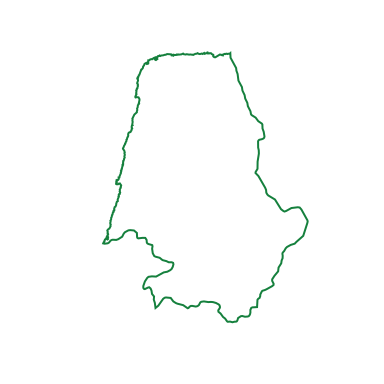 Salvaleón de Higüey, La Altagracia, Dominican Republic (Natural Earth projection), rotated 240°
{"feature_id": "3306468B87904766376188", "entity_name": "Salvaleón de Higüey", "entity_type": "district", "adm_level": 2, "iso_a3": "DOM", "parent_name": "Dominican Republic", "parent_adm1": "La Altagracia", "projection": "natural_earth1", "projection_center": [-68.511, 18.662], "detail": "fine", "context": "isolated", "style": "outline", "palette": "green", "viewbox_px": 384, "rotation_deg": 240, "n_neighbors": 0, "source": "geoboundaries", "source_scale": "gbopen_adm2", "svg_char_len": 6054}
<svg xmlns="http://www.w3.org/2000/svg" viewBox="0 0 384 384"><g transform="rotate(240 192 192)"><path d="M59.8,190.8L65.9,194.8L66.4,195.9L66.5,197.6L67.8,199.1L69.0,199.8L71.1,202.9L71.2,203.8L70.7,205.9L70.5,207.8L70.4,214.4L70.7,216.1L71.7,216.8L75.0,217.0L76.3,217.8L78.2,221.5L80.2,226.9L83.3,229.2L85.6,233.6L87.9,235.4L89.3,237.3L91.5,238.7L93.3,239.4L94.1,240.2L94.8,242.3L96.4,245.0L96.9,246.8L96.8,251.1L95.9,255.1L96.6,257.5L98.4,266.4L107.4,276.3L108.6,277.4L109.7,277.8L122.1,278.0L124.7,277.5L125.9,276.0L128.4,270.1L128.5,264.1L128.8,262.4L129.7,261.7L132.6,260.5L144.0,260.1L150.9,256.3L152.2,256.0L154.2,256.0L156.8,257.2L159.2,257.5L172.7,257.5L176.7,256.5L177.5,257.1L179.3,260.3L185.5,264.0L191.8,269.1L194.8,270.7L197.4,271.5L202.9,274.6L203.4,275.4L203.6,276.3L202.8,278.9L202.6,280.6L202.9,281.6L203.8,282.5L208.3,284.2L211.7,284.8L215.3,286.7L216.3,286.7L220.2,284.8L224.6,284.3L228.8,282.1L229.9,282.0L232.7,283.0L238.4,283.3L241.6,284.5L246.3,284.8L249.6,286.0L254.6,286.4L257.9,287.7L265.2,287.9L271.4,290.5L274.8,291.1L277.3,292.2L289.0,292.5L293.1,294.6L292.9,293.6L293.7,292.4L293.8,291.6L294.7,290.8L294.8,289.7L295.4,289.1L295.4,287.5L295.6,287.0L295.0,286.9L295.2,286.6L295.9,286.5L296.0,285.9L297.1,285.0L297.0,279.6L297.6,278.7L298.5,278.3L299.2,278.3L299.8,279.0L300.3,279.0L301.6,278.0L302.4,278.0L303.3,277.0L303.3,276.4L303.9,275.2L304.9,275.4L305.2,275.1L304.8,274.1L305.3,273.2L305.2,272.5L305.4,271.9L306.3,272.0L306.3,270.1L307.0,269.7L307.5,267.8L308.6,266.6L309.4,266.3L309.5,265.0L310.0,263.9L310.1,261.7L310.5,261.5L310.6,261.0L311.9,259.4L312.4,258.2L314.0,256.3L314.2,255.3L315.5,253.7L316.3,253.5L316.5,251.6L317.7,249.0L318.2,248.7L318.2,247.8L318.8,247.3L318.6,246.7L319.5,245.2L320.1,244.8L320.1,244.3L319.5,243.9L320.1,243.3L320.6,243.6L320.8,243.3L320.8,243.0L320.5,243.0L320.6,242.6L321.7,242.7L323.9,239.4L324.0,237.8L324.4,237.2L324.8,235.3L325.6,233.6L325.6,232.5L325.9,232.1L326.4,232.1L326.4,231.2L326.7,230.6L326.6,230.1L326.1,229.6L326.7,228.3L326.6,227.6L326.3,227.6L326.1,228.3L325.4,228.2L325.3,228.5L324.5,228.5L324.3,226.7L324.8,226.3L326.4,226.1L326.5,226.7L327.0,227.0L327.2,225.5L327.0,225.2L326.9,223.8L327.4,223.3L327.7,222.0L327.4,220.6L327.9,220.0L326.7,219.0L326.6,218.4L325.5,218.7L325.1,218.1L325.4,216.9L326.7,216.6L326.7,215.0L325.6,213.7L325.1,212.4L324.0,211.5L323.5,210.5L323.4,209.2L322.8,208.9L322.5,208.2L319.8,205.0L319.7,204.3L319.2,204.0L318.5,202.4L318.1,202.5L317.9,201.9L317.5,201.9L317.4,201.3L316.1,201.3L315.4,200.9L313.7,198.9L312.3,199.0L311.8,198.4L310.9,198.3L309.8,197.0L309.3,196.8L309.1,195.9L308.2,195.4L308.0,194.5L306.9,194.2L306.2,193.5L305.4,193.3L304.9,192.6L304.2,192.6L303.5,191.3L302.7,190.4L302.1,190.4L301.7,191.7L300.7,193.0L299.0,193.0L298.0,192.6L295.8,190.6L295.4,190.6L295.3,190.1L294.8,190.0L294.2,188.5L292.4,187.2L291.8,186.2L290.3,185.6L289.5,184.6L288.6,184.1L287.9,180.8L285.3,177.0L284.8,177.0L283.5,176.0L282.4,175.7L280.1,173.8L279.6,173.9L279.6,173.2L278.6,172.3L277.9,172.2L277.7,171.9L276.8,171.9L276.5,171.0L275.8,170.6L275.3,169.9L275.1,169.0L274.7,168.7L275.0,166.9L274.5,166.1L273.4,165.2L272.7,165.0L271.8,164.0L271.7,163.4L270.2,162.0L270.1,161.4L269.0,160.8L268.5,159.8L267.6,158.9L267.5,158.3L266.9,158.0L266.0,156.3L264.7,154.8L264.4,154.1L264.0,153.8L261.6,154.0L259.8,153.5L259.5,152.9L257.7,152.4L256.8,151.3L255.4,150.9L255.0,150.0L253.9,149.2L253.2,147.8L252.7,147.8L251.6,146.7L250.8,146.5L250.5,145.8L250.1,145.8L250.0,145.2L249.4,145.2L248.6,144.1L247.3,143.0L247.0,142.3L246.4,142.2L245.9,141.1L245.3,141.1L244.4,140.0L244.0,140.0L241.9,137.2L241.0,136.5L241.3,135.7L240.0,135.2L239.4,134.1L239.4,133.4L240.0,133.1L240.0,132.5L239.2,132.2L238.9,131.7L238.2,131.8L238.1,131.2L237.6,131.1L237.3,130.5L236.8,130.3L236.4,130.6L235.7,131.8L235.8,133.0L235.4,133.3L235.4,133.8L233.2,134.0L232.7,133.3L232.1,133.1L231.7,132.4L231.3,132.4L230.2,130.6L228.9,130.1L228.6,129.6L227.4,129.5L227.1,128.9L226.5,128.6L226.7,127.9L226.2,127.1L225.0,126.7L224.9,126.1L224.3,126.0L222.7,123.9L221.2,123.2L221.1,122.0L219.5,120.3L218.8,120.0L217.6,118.4L217.6,117.5L216.4,116.2L215.8,116.1L215.4,115.5L214.9,115.5L214.7,115.2L214.7,114.2L213.8,113.9L213.6,113.0L212.1,111.8L212.0,111.1L210.6,110.1L210.1,109.1L209.0,108.5L208.3,107.8L208.0,107.0L207.0,106.7L206.0,105.6L204.4,105.3L204.2,104.8L203.1,104.4L201.7,102.2L201.5,100.3L201.0,99.4L200.0,99.3L199.6,98.9L198.9,98.7L198.6,98.3L198.0,98.4L197.7,98.0L197.0,98.0L196.5,96.8L195.9,96.7L195.9,96.1L195.6,96.1L195.2,96.8L194.8,96.8L194.1,95.8L193.3,95.8L193.1,95.1L193.6,94.8L194.5,95.2L194.7,95.8L195.1,95.8L195.2,95.1L194.7,94.3L194.3,92.7L193.3,91.9L193.3,91.4L192.7,91.0L192.6,90.3L191.9,89.4L190.9,90.5L189.7,93.4L189.7,94.8L190.6,97.1L190.6,98.5L190.3,99.5L188.4,102.4L188.0,104.5L188.2,109.2L190.1,112.1L190.7,113.8L190.6,117.7L189.9,119.4L187.7,122.5L184.1,123.8L180.4,121.9L179.4,121.8L178.7,122.3L177.0,126.3L175.6,128.6L173.2,128.7L170.8,127.6L169.9,127.6L168.8,128.2L165.9,131.0L164.8,130.7L162.8,129.1L158.6,127.4L155.4,127.3L154.3,128.0L151.2,131.1L147.8,132.4L144.9,135.3L142.8,136.7L141.3,139.3L140.1,140.2L138.7,139.8L136.8,137.9L135.5,135.8L135.2,134.0L135.3,130.8L136.5,127.3L136.7,118.6L139.0,115.1L140.3,111.9L140.0,110.3L138.1,106.5L134.9,102.8L133.3,101.9L132.1,102.0L131.5,102.6L131.2,106.3L130.9,107.3L129.1,107.9L126.8,107.6L123.7,106.4L120.5,106.9L117.9,105.1L114.6,104.4L109.8,102.4L110.4,106.0L113.9,113.6L114.1,115.4L113.7,116.7L110.9,120.6L106.6,121.1L103.9,122.5L102.6,123.5L98.4,127.8L93.5,130.1L93.3,130.9L93.9,132.7L93.9,134.0L93.3,135.2L90.9,138.0L90.4,139.7L90.6,141.4L92.2,143.9L92.3,145.1L91.3,147.6L88.5,151.1L87.3,153.5L86.1,155.2L83.9,157.3L81.3,158.9L80.1,159.2L78.3,158.7L77.5,157.8L76.4,155.6L75.1,155.0L72.4,156.0L68.3,156.4L65.8,157.4L62.4,157.7L61.7,158.1L60.8,160.1L59.0,161.9L58.3,164.3L57.7,165.3L57.6,166.1L58.1,167.1L59.8,168.9L60.0,172.3L59.5,173.5L57.5,175.5L56.3,178.0L56.1,179.0L56.4,180.0L57.2,181.2L58.4,182.3L60.7,183.6L62.0,185.4L61.9,186.6L59.8,190.8Z" fill="none" stroke="#15803d" stroke-width="2"/></g></svg>